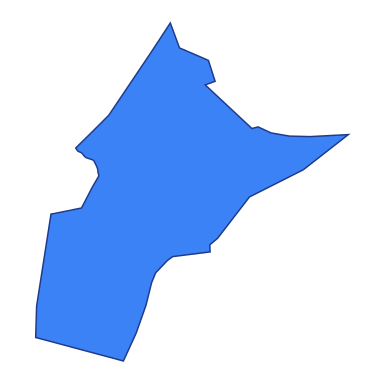 Dalanjargalan, Dornogovi, Mongolia
{"feature_id": "93677404B48840516654873", "entity_name": "Dalanjargalan", "entity_type": "district", "adm_level": 2, "iso_a3": "MNG", "parent_name": "Mongolia", "parent_adm1": "Dornogovi", "projection": "equal_earth", "projection_center": [108.887, 46.012], "detail": "fine", "context": "isolated", "style": "filled", "palette": "blue", "viewbox_px": 384, "rotation_deg": 0, "n_neighbors": 0, "source": "geoboundaries", "source_scale": "gbopen_adm2", "svg_char_len": 889}
<svg xmlns="http://www.w3.org/2000/svg" viewBox="0 0 384 384"><path d="M348.3,134.6L310.2,136.6L289.5,136.1L271.0,132.9L258.1,126.9L251.9,128.5L205.2,84.9L215.1,81.3L208.4,60.4L179.5,47.9L170.3,23.0L151.9,51.1L108.8,115.2L90.2,133.8L75.7,148.0L76.5,149.3L77.0,150.0L77.4,150.5L77.8,150.9L78.0,151.2L78.8,151.6L79.7,152.0L81.4,152.8L81.9,153.1L82.5,153.9L83.5,155.2L84.6,156.4L85.3,157.1L86.0,157.6L91.5,159.5L92.6,159.8L93.3,160.3L94.1,161.2L94.3,161.6L94.6,161.9L94.9,162.9L95.7,164.3L96.0,164.9L97.1,167.5L97.3,168.0L97.5,168.9L97.9,170.1L97.9,171.1L97.9,171.9L98.0,172.7L98.4,173.4L98.5,174.5L98.6,175.1L98.9,175.8L92.4,187.0L81.5,208.0L51.0,214.1L36.6,306.2L35.7,337.5L123.4,361.0L136.2,333.0L146.0,305.2L151.6,282.7L155.6,272.9L167.4,260.5L172.7,256.6L210.1,251.9L209.8,244.8L217.5,238.4L249.5,196.9L303.4,169.7L348.3,134.6Z" fill="#3b82f6" stroke="#1e3a8a" stroke-width="1.5"/></svg>